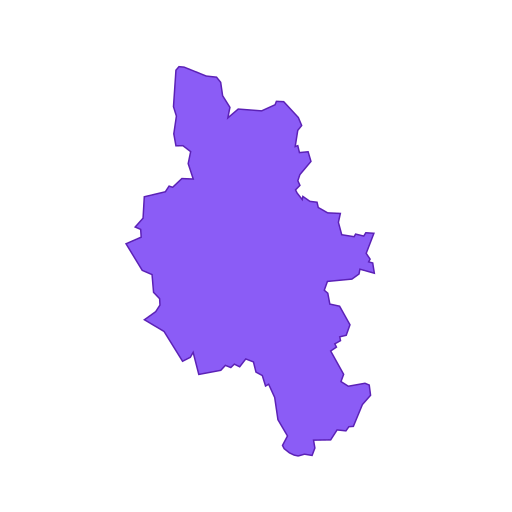 the district of Strumitsa, Strumitsa, North Macedonia, rotated 47°
{"feature_id": "65306769B9612885815739", "entity_name": "Strumitsa", "entity_type": "district", "adm_level": 2, "iso_a3": "MKD", "parent_name": "North Macedonia", "parent_adm1": "Strumitsa", "projection": "natural_earth1", "projection_center": [22.651, 41.408], "detail": "fine", "context": "isolated", "style": "filled", "palette": "violet", "viewbox_px": 512, "rotation_deg": 47, "n_neighbors": 0, "source": "geoboundaries", "source_scale": "gbopen_adm2", "svg_char_len": 1699}
<svg xmlns="http://www.w3.org/2000/svg" viewBox="0 0 512 512"><g transform="rotate(47 256 256)"><path d="M319.8,154.3L313.9,159.8L314.9,163.6L307.9,168.2L308.8,171.1L298.9,178.8L287.6,172.8L282.4,165.3L273.3,174.2L263.0,177.4L258.3,174.7L252.8,179.3L244.4,181.1L246.3,183.7L238.0,183.0L234.6,182.0L234.3,175.7L229.5,174.1L226.4,168.4L224.3,151.3L215.3,146.8L210.0,153.7L203.8,150.2L202.7,152.7L192.6,139.8L191.7,133.6L183.6,130.6L162.0,130.5L156.8,135.6L158.4,138.9L153.7,152.9L136.4,168.8L135.8,182.4L129.5,173.7L116.0,171.1L104.9,163.4L98.3,162.9L90.4,169.7L68.8,179.8L65.0,183.2L65.5,187.8L90.5,214.5L99.4,218.8L110.6,232.8L120.8,239.4L125.5,234.2L135.1,232.6L142.2,242.6L156.9,249.4L148.8,257.4L148.9,270.1L145.6,271.9L147.2,278.5L136.5,297.3L151.3,312.8L152.4,324.6L157.9,322.2L163.9,327.1L158.4,342.7L188.9,349.0L198.7,344.7L212.7,355.7L221.5,355.6L226.4,359.7L228.3,367.3L226.5,381.1L248.5,374.7L282.9,381.5L285.3,373.1L283.6,367.7L303.6,378.6L315.6,359.7L315.1,353.0L320.4,350.5L320.3,345.6L325.9,343.5L324.3,333.7L331.7,330.1L340.9,335.2L347.7,332.9L357.6,337.7L358.4,334.2L372.2,338.8L390.7,351.6L409.1,355.7L412.6,365.8L416.1,366.8L422.8,365.8L427.6,363.9L430.9,361.6L431.4,360.8L434.0,355.7L440.1,351.0L436.6,343.9L429.9,339.5L441.4,326.8L438.5,315.3L445.2,309.5L444.2,304.5L447.0,301.0L437.2,279.5L436.0,267.2L427.6,261.2L423.4,263.1L414.2,277.3L405.8,279.5L402.3,272.6L376.4,266.2L377.5,259.3L374.0,258.3L375.5,251.9L372.2,249.9L375.5,244.1L370.4,234.2L349.7,229.1L341.5,234.8L332.2,228.9L327.6,229.4L323.3,221.1L338.3,201.6L339.4,192.9L336.5,189.0L349.3,181.2L340.7,175.4L337.1,177.6L336.1,174.7L329.2,173.6L319.8,154.3Z" fill="#8b5cf6" stroke="#5b21b6" stroke-width="1.5"/></g></svg>